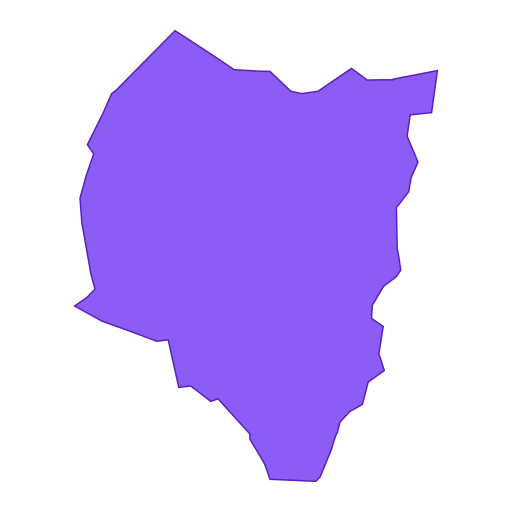 outline of Tarka, Benue, Nigeria
{"feature_id": "59680162B13650355505793", "entity_name": "Tarka", "entity_type": "district", "adm_level": 2, "iso_a3": "NGA", "parent_name": "Nigeria", "parent_adm1": "Benue", "projection": "albers", "projection_center": [8.881, 7.59], "detail": "fine", "context": "isolated", "style": "filled", "palette": "violet", "viewbox_px": 512, "rotation_deg": 0, "n_neighbors": 0, "source": "geoboundaries", "source_scale": "gbopen_adm2", "svg_char_len": 979}
<svg xmlns="http://www.w3.org/2000/svg" viewBox="0 0 512 512"><path d="M93.7,153.9L86.2,175.7L80.0,198.2L81.8,222.3L90.8,273.5L92.8,280.9L95.0,289.1L86.8,297.5L74.6,306.0L101.8,321.1L126.7,330.0L156.6,341.2L168.2,339.9L178.8,387.4L190.8,386.0L210.8,401.4L218.0,398.8L249.8,433.9L250.0,439.3L263.5,461.9L265.6,466.5L269.8,478.8L270.1,479.3L315.9,481.3L320.1,477.0L331.5,449.3L333.2,443.1L335.8,435.6L337.3,432.3L340.2,421.8L349.8,411.5L362.4,404.4L368.2,382.0L384.3,370.5L378.9,353.8L383.2,326.5L371.5,318.4L372.3,305.3L383.7,286.1L396.1,276.9L400.7,270.2L399.0,258.0L397.2,248.7L396.4,207.5L397.7,205.5L398.5,205.0L408.7,191.6L411.1,177.7L418.0,162.1L407.1,136.1L410.2,114.9L431.6,112.6L437.4,70.6L393.2,79.1L393.2,79.8L381.0,79.8L367.2,80.1L351.5,68.4L317.9,91.3L301.7,93.6L295.4,92.3L290.4,90.9L270.0,71.4L259.3,71.2L234.2,69.7L212.5,55.1L193.1,42.4L175.0,30.7L116.0,90.3L111.7,93.6L102.8,113.7L87.4,144.7L93.7,153.9Z" fill="#8b5cf6" stroke="#5b21b6" stroke-width="1.5"/></svg>